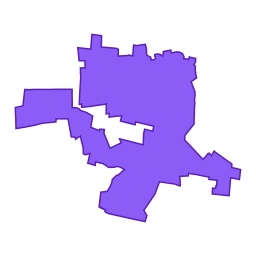 Tixpéhual, Yucatán, Mexico
{"feature_id": "50627088B94701207387922", "entity_name": "Tixpéhual", "entity_type": "district", "adm_level": 2, "iso_a3": "MEX", "parent_name": "Mexico", "parent_adm1": "Yucatán", "projection": "natural_earth1", "projection_center": [-89.468, 20.961], "detail": "fine", "context": "isolated", "style": "filled", "palette": "violet", "viewbox_px": 256, "rotation_deg": 0, "n_neighbors": 0, "source": "geoboundaries", "source_scale": "gbopen_adm2", "svg_char_len": 4180}
<svg xmlns="http://www.w3.org/2000/svg" viewBox="0 0 256 256"><path d="M180.0,186.0L180.3,184.7L179.8,176.4L188.2,175.9L188.6,173.4L196.6,174.6L209.2,177.2L208.9,179.4L214.8,180.0L217.0,180.3L216.8,182.8L216.6,185.7L215.9,185.8L215.7,188.4L212.6,188.1L212.2,193.9L219.4,194.7L229.1,195.7L229.6,189.5L230.3,181.8L230.7,177.8L239.4,179.5L240.6,169.6L231.8,167.5L231.7,167.5L231.9,164.1L229.6,162.4L215.3,152.2L214.1,151.1L211.6,155.3L211.5,155.6L209.1,153.1L208.1,154.3L207.8,153.9L203.1,159.4L196.6,152.6L189.6,145.1L184.5,139.8L185.0,138.0L184.7,137.4L184.9,135.6L186.0,134.1L188.3,131.2L194.0,124.1L194.1,121.3L194.5,107.1L194.9,103.2L194.6,102.6L194.6,98.4L195.1,95.0L195.0,93.8L194.9,93.4L195.0,91.7L194.9,91.6L191.3,82.1L191.1,81.7L196.6,77.9L196.2,76.7L196.2,76.4L196.0,75.0L195.7,74.1L195.4,73.7L195.8,72.8L195.2,70.5L195.2,70.0L195.3,68.8L195.2,68.1L195.4,66.2L194.7,65.4L193.8,64.7L194.2,64.2L195.5,61.8L195.7,60.4L195.6,60.0L195.6,59.5L195.6,58.3L194.7,58.3L193.4,58.0L193.1,57.9L192.8,57.8L191.9,57.7L191.7,57.5L190.7,57.4L189.9,57.2L189.3,56.9L188.6,59.5L187.7,59.1L186.7,59.0L184.2,58.6L183.6,58.6L183.5,58.4L184.0,56.7L182.5,53.7L181.5,53.0L180.8,52.9L180.3,52.8L179.0,51.9L178.6,52.0L178.2,52.3L176.5,51.8L171.2,52.9L170.9,50.1L163.3,51.5L163.2,53.5L163.2,54.0L162.8,54.9L162.8,55.8L161.8,55.6L161.1,55.3L160.6,54.5L160.3,54.4L158.5,54.1L158.2,54.2L157.6,53.9L156.4,54.1L154.7,54.6L154.6,55.9L154.7,56.2L155.4,57.2L155.4,58.6L154.2,59.7L150.9,60.0L151.1,58.9L150.7,57.1L149.6,56.7L149.2,56.5L148.1,55.9L147.1,55.2L146.6,54.2L146.4,51.8L146.6,50.0L146.4,49.2L146.4,48.7L146.3,48.1L146.1,47.2L146.0,46.8L145.2,44.3L138.7,45.3L136.9,45.6L133.6,45.1L133.4,47.5L133.1,51.4L132.7,55.8L128.9,55.2L128.9,55.4L118.2,56.1L118.4,49.3L116.2,48.3L101.3,47.0L101.6,35.7L91.9,34.4L91.0,46.1L90.8,49.1L77.8,47.7L79.1,60.8L85.0,60.8L85.0,63.7L85.1,67.9L80.4,67.9L80.5,71.4L80.5,74.6L80.8,75.5L80.8,76.6L80.0,88.8L79.5,99.0L79.3,104.4L79.9,104.4L81.7,104.0L81.6,106.9L81.6,107.2L81.6,107.3L88.7,106.6L94.3,105.8L106.1,104.1L106.3,104.0L106.2,110.8L106.2,114.0L106.7,113.7L107.2,113.5L107.6,113.5L108.1,113.6L108.7,113.6L108.9,113.4L109.2,113.5L109.3,113.9L109.2,114.8L109.1,115.1L109.1,116.5L109.0,117.1L115.1,116.4L121.6,115.8L120.5,121.1L135.1,124.8L135.7,121.9L153.7,126.2L152.7,131.2L144.6,129.2L144.0,132.0L143.6,133.9L143.2,144.8L119.6,138.8L121.2,142.9L110.0,148.2L104.0,133.3L104.0,132.9L104.3,129.4L99.6,129.2L99.3,130.6L90.8,127.3L92.7,116.1L86.8,112.6L86.6,112.5L81.5,110.8L80.5,110.3L80.0,109.9L79.6,109.4L79.2,109.0L78.5,108.5L76.4,107.8L75.7,107.7L72.9,107.7L72.5,107.6L72.3,107.5L72.2,107.5L72.2,103.8L72.2,100.1L72.2,99.4L72.1,95.9L72.1,92.7L72.1,89.3L69.4,89.3L66.1,89.3L64.1,89.3L62.6,89.3L61.2,89.3L59.4,89.3L57.6,89.3L55.8,89.3L54.0,89.3L52.3,89.4L51.3,89.4L49.3,89.4L47.2,89.4L43.9,89.4L40.9,89.4L37.9,89.4L34.9,89.4L31.8,89.5L31.7,89.5L29.1,89.7L26.4,89.7L26.5,89.5L24.8,89.5L24.6,91.0L22.9,105.9L15.4,107.5L15.4,109.0L15.4,110.0L15.6,116.1L15.6,116.3L15.6,116.5L15.8,119.4L15.9,123.9L15.9,125.8L16.0,126.7L16.0,128.6L25.0,127.1L33.3,125.5L35.2,125.1L42.5,123.2L55.9,121.9L56.1,118.9L68.0,118.8L68.4,120.6L68.7,122.4L68.9,123.5L69.0,124.0L69.1,124.7L69.6,127.2L69.8,128.4L70.0,129.9L70.3,131.5L70.5,131.9L70.6,132.1L70.5,132.6L70.6,133.0L70.7,133.5L70.8,134.3L71.3,137.0L71.6,137.0L72.1,136.9L72.9,137.0L75.5,137.3L75.5,139.2L78.8,137.1L80.5,136.1L81.5,141.2L82.1,143.4L83.1,147.4L83.4,153.4L83.3,153.6L85.3,154.8L90.0,153.5L88.8,158.2L87.8,163.2L92.8,164.7L95.3,165.4L95.4,161.9L103.0,163.6L107.4,166.5L108.5,167.4L114.8,167.2L115.9,166.5L119.3,166.8L119.6,166.9L124.9,169.6L125.0,169.6L123.3,170.3L120.2,173.3L118.8,174.6L117.5,175.1L116.4,175.5L112.3,179.4L111.9,182.2L110.3,186.3L107.2,191.3L100.8,192.2L100.6,194.0L100.3,196.6L99.9,199.7L99.1,207.0L101.3,207.3L101.1,208.2L103.0,208.6L102.9,209.0L105.3,209.6L104.9,211.6L105.8,212.2L106.8,212.8L107.8,213.4L109.9,213.9L110.4,214.0L113.5,214.7L116.9,215.5L118.0,215.7L119.8,216.1L134.1,219.3L134.3,219.3L145.1,221.6L146.9,215.6L143.9,210.3L147.2,205.5L149.1,202.7L150.0,201.3L153.9,195.6L155.1,193.7L159.4,181.8L169.7,183.3L174.6,184.0L180.0,186.0Z" fill="#8b5cf6" stroke="#5b21b6" stroke-width="1.5"/></svg>